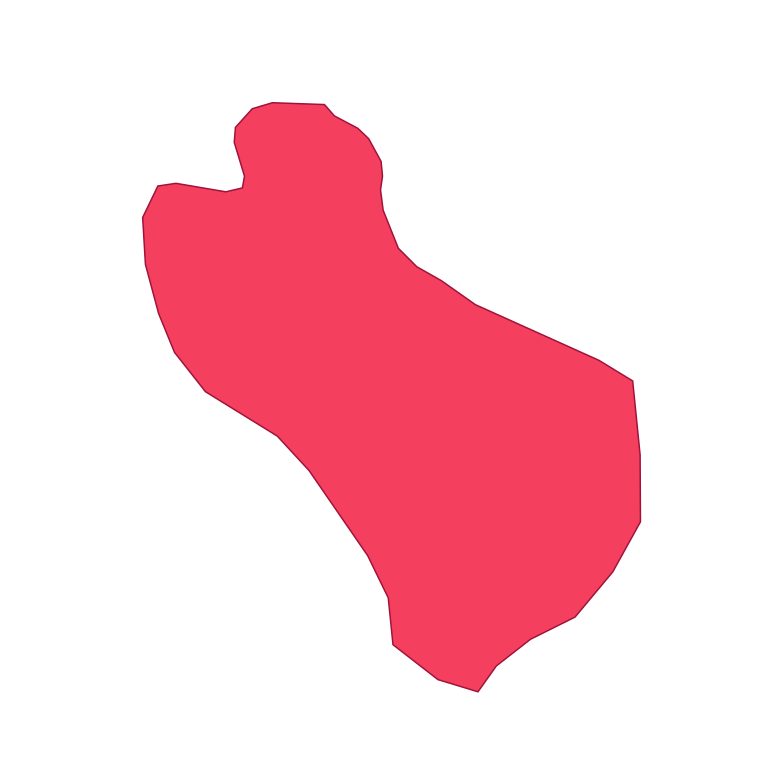 map outline of Dragaš (Albers equal-area conic projection), rotated 135°
{"feature_id": "KOS-5909", "entity_name": "Dragaš", "entity_type": "District", "adm_level": 1, "iso_a3": "XKX", "parent_name": "Kosovo", "parent_adm1": "", "projection": "albers", "projection_center": [20.657, 41.99], "detail": "fine", "context": "isolated", "style": "filled", "palette": "rose", "viewbox_px": 768, "rotation_deg": 135, "n_neighbors": 0, "source": "natural_earth", "source_scale": "10m", "svg_char_len": 707}
<svg xmlns="http://www.w3.org/2000/svg" viewBox="0 0 768 768"><g transform="rotate(135 384 384)"><path d="M228.5,623.7L229.5,608.6L221.7,583.2L221.4,568.2L228.7,543.4L238.1,532.0L249.2,523.7L261.7,507.5L277.9,469.8L277.9,443.7L270.4,416.6L263.3,375.5L215.3,248.8L206.0,210.3L253.0,152.8L300.1,105.2L355.0,89.4L413.7,84.1L460.8,99.9L503.9,105.2L535.2,99.9L554.9,136.8L562.0,193.3L532.2,229.8L516.9,274.2L498.2,375.8L496.3,422.6L511.1,485.3L515.7,504.8L510.6,547.4L509.8,554.4L493.6,593.1L468.1,637.3L454.5,652.6L436.9,672.4L403.9,683.9L389.2,673.0L360.0,631.8L345.5,622.8L335.7,629.6L319.0,660.8L307.6,670.5L282.5,671.8L264.0,661.8L228.5,623.7Z" fill="#f43f5e" stroke="#9f1239" stroke-width="1.5"/></g></svg>